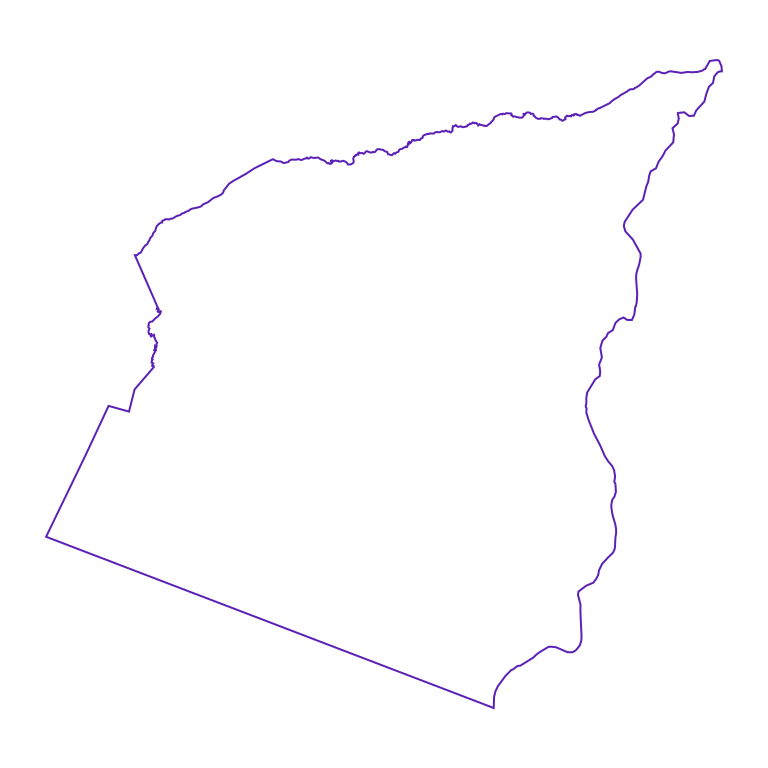 Nkeyema, Western, Zambia
{"feature_id": "96606910B42234900410364", "entity_name": "Nkeyema", "entity_type": "district", "adm_level": 2, "iso_a3": "ZMB", "parent_name": "Zambia", "parent_adm1": "Western", "projection": "natural_earth1", "projection_center": [25.215, -14.864], "detail": "fine", "context": "isolated", "style": "outline", "palette": "violet", "viewbox_px": 768, "rotation_deg": 0, "n_neighbors": 0, "source": "geoboundaries", "source_scale": "gbopen_adm2", "svg_char_len": 6086}
<svg xmlns="http://www.w3.org/2000/svg" viewBox="0 0 768 768"><path d="M85.9,454.5L46.1,536.8L493.7,708.0L494.1,696.8L495.4,691.4L497.9,686.2L505.4,676.0L511.4,669.9L512.7,669.6L517.4,666.0L520.4,665.6L533.1,657.7L536.7,654.3L540.5,651.6L548.5,646.9L551.3,646.7L556.2,647.3L567.5,652.2L572.3,652.3L575.5,650.6L578.2,647.5L580.0,645.0L581.4,640.0L581.5,635.8L580.4,611.5L580.5,604.7L578.0,594.9L578.5,591.5L586.2,585.7L593.3,582.7L596.1,579.0L598.2,575.1L599.0,570.3L602.1,563.9L608.5,557.0L613.0,552.7L614.5,549.6L615.0,546.8L615.4,537.8L616.1,533.2L616.1,529.3L615.4,524.8L612.5,514.7L611.5,508.6L611.3,504.7L612.3,499.7L614.4,496.8L615.9,491.8L615.4,483.7L614.3,481.8L615.1,476.6L614.1,470.1L612.0,465.8L608.3,461.5L604.9,456.2L600.0,445.1L594.0,433.6L588.6,420.0L586.3,412.5L586.6,408.3L585.8,407.0L585.7,406.0L586.4,403.0L586.3,398.5L587.1,392.7L595.2,379.4L599.8,376.0L600.2,371.1L599.1,364.6L601.9,357.4L600.3,348.1L602.4,340.7L606.4,336.7L608.0,333.1L612.8,330.1L615.5,322.9L619.3,319.3L623.6,317.5L627.1,319.9L631.9,320.0L634.3,314.6L635.3,306.8L635.9,306.2L636.7,302.3L637.2,294.1L636.1,278.5L636.2,274.7L637.1,270.6L639.0,265.2L640.6,257.4L640.6,253.6L632.9,239.6L625.4,231.4L623.8,226.1L624.6,222.0L632.6,209.7L643.0,199.8L646.3,186.5L648.2,181.8L649.2,175.6L650.7,171.3L656.0,168.3L658.6,161.7L662.4,156.5L665.6,150.4L673.2,142.4L674.0,134.5L672.5,128.2L677.7,123.5L678.8,118.5L677.8,113.8L677.9,113.0L684.3,112.3L689.1,116.0L693.9,115.7L696.3,110.3L704.3,101.7L706.3,94.0L708.9,86.8L713.0,82.9L714.2,76.5L717.6,72.3L720.0,71.4L721.9,71.4L721.5,66.4L719.1,60.7L717.3,60.0L709.8,60.9L705.1,69.1L704.4,69.1L702.6,70.5L697.9,71.9L691.8,72.3L687.9,71.9L681.5,72.9L671.5,71.4L669.2,71.4L665.1,73.3L662.1,73.0L658.9,71.7L656.5,71.9L652.3,75.2L651.2,76.6L647.4,78.2L639.0,85.7L636.1,87.5L634.8,87.9L633.7,89.1L630.1,89.3L629.1,90.2L628.3,90.3L627.6,91.2L620.1,95.4L618.9,96.7L614.4,99.2L611.2,101.6L609.8,103.1L599.3,108.3L598.4,108.3L596.3,109.9L595.9,109.9L595.6,110.5L594.6,111.1L592.5,111.9L589.4,112.0L585.2,113.0L580.0,115.8L578.3,114.8L577.2,115.0L576.3,114.0L574.2,114.2L574.2,115.2L573.7,115.5L571.9,114.9L570.9,116.4L570.1,115.9L567.9,116.2L567.2,115.7L565.3,117.1L565.1,118.2L565.5,118.6L565.5,119.2L562.4,120.8L561.1,119.7L559.5,119.4L558.6,118.0L556.6,116.5L552.6,117.0L552.1,117.9L548.7,119.3L545.6,118.6L544.1,118.9L542.7,118.3L540.6,118.3L539.8,118.9L538.0,118.8L536.0,117.8L534.4,116.1L533.6,115.8L533.6,114.4L533.1,113.9L531.9,113.6L530.8,113.9L530.0,112.8L528.3,112.4L526.5,112.6L524.9,114.6L524.2,113.9L523.7,113.8L523.5,114.0L523.8,115.3L523.4,116.3L521.8,117.8L517.0,117.2L515.1,116.5L513.0,116.6L512.7,115.8L511.7,115.6L511.3,115.2L511.6,114.2L511.3,113.5L506.0,113.2L504.9,114.1L502.9,113.7L502.2,114.4L500.9,113.9L494.9,116.8L493.8,118.2L493.7,119.3L492.5,120.9L491.4,121.7L490.9,122.7L486.6,126.0L484.5,125.9L484.2,125.5L483.2,125.6L481.5,124.9L480.2,124.8L479.5,124.3L478.3,125.3L478.2,124.5L477.1,124.0L476.6,123.2L475.4,122.9L474.7,123.3L472.8,122.5L471.6,123.6L470.2,124.0L469.9,123.7L468.6,124.9L467.9,125.0L467.3,125.5L467.2,126.2L464.1,127.1L462.4,127.1L461.0,126.3L458.0,126.9L456.7,126.1L455.8,125.1L454.4,126.1L452.9,126.2L452.9,127.4L452.6,127.7L452.4,129.3L452.6,130.5L451.0,132.4L450.1,132.3L449.2,131.4L448.0,131.7L446.1,130.6L445.5,130.6L444.2,131.5L443.5,131.6L442.4,131.0L439.8,132.2L438.1,132.3L437.1,131.9L434.8,132.5L433.8,133.6L429.9,133.4L429.0,134.0L427.3,134.0L424.2,135.1L423.0,136.0L422.5,137.9L420.7,138.7L419.9,140.0L417.7,139.8L414.8,140.6L414.3,140.1L413.5,140.4L413.2,140.0L412.3,140.0L411.0,142.6L410.1,143.2L410.4,142.1L409.0,141.8L408.2,142.8L407.4,146.5L407.0,147.1L406.0,146.6L405.7,147.2L404.3,147.4L402.2,148.7L399.9,149.3L399.3,149.8L398.4,151.8L396.3,152.5L395.1,153.7L394.7,153.2L393.9,153.2L391.9,155.2L388.1,154.2L387.2,152.0L384.7,151.2L383.4,150.0L379.1,149.2L377.4,149.2L376.3,150.2L375.4,151.7L374.8,152.0L374.2,152.2L373.3,151.8L371.6,152.6L369.2,152.2L367.2,151.2L365.7,151.6L364.6,153.3L363.6,153.8L362.4,153.0L359.5,153.2L359.1,152.5L358.6,152.5L358.1,153.4L358.2,154.6L357.4,154.4L355.9,154.9L355.8,155.7L354.6,156.0L353.9,156.8L353.2,158.7L353.7,160.9L353.6,162.4L352.8,163.3L350.5,164.5L347.8,164.4L347.3,163.3L346.2,162.1L343.9,161.0L342.7,160.8L341.5,161.4L338.9,161.6L338.3,160.8L337.2,161.0L335.6,160.5L333.2,161.3L331.9,160.2L330.9,160.9L330.9,161.4L332.1,162.2L332.3,162.7L330.7,163.8L329.8,163.9L328.8,163.0L327.9,163.4L326.8,162.8L324.5,160.7L320.5,159.2L318.2,157.5L313.8,158.0L310.6,157.2L309.8,158.2L308.2,158.6L307.6,158.5L307.2,157.7L306.7,157.7L305.7,158.5L304.7,158.6L301.4,160.1L298.2,159.1L296.2,159.7L291.4,159.6L289.3,160.7L288.3,162.0L284.1,163.0L282.7,162.7L281.3,161.6L276.5,161.1L272.8,159.2L254.2,168.4L246.2,173.7L233.3,180.9L229.1,183.7L223.8,190.4L223.1,192.7L221.2,194.5L218.2,196.2L213.3,198.0L208.0,202.2L202.9,204.5L201.4,206.2L198.6,207.3L191.9,208.7L189.7,209.8L189.2,210.5L185.2,212.1L184.3,212.9L182.0,213.5L180.4,214.9L176.4,216.2L172.5,218.6L170.4,218.7L169.3,219.5L165.5,219.1L164.6,220.0L162.7,220.6L162.2,221.0L162.1,222.5L160.8,222.6L158.7,224.1L156.5,226.5L155.2,230.9L153.0,233.4L152.5,235.5L150.1,238.2L149.4,240.4L148.3,241.6L148.2,242.5L147.3,244.0L145.8,245.3L145.3,245.3L142.9,248.6L141.1,252.1L140.6,252.7L138.9,253.4L137.0,255.2L134.9,255.2L157.5,306.9L156.9,308.8L158.3,308.4L158.8,309.6L157.7,311.2L158.2,312.0L159.3,312.0L160.6,311.2L160.9,311.5L160.0,314.0L157.8,316.6L155.5,318.2L152.1,321.6L150.7,321.7L149.4,322.4L148.7,323.7L148.8,325.3L148.3,325.9L148.5,327.6L149.5,328.5L148.4,331.2L149.0,333.8L149.7,334.2L151.0,334.1L150.6,335.8L151.1,336.5L153.7,334.6L154.2,334.9L154.2,337.1L155.1,338.6L155.2,339.6L157.1,342.7L156.3,344.7L156.7,346.4L156.1,346.6L155.1,345.9L155.0,347.9L155.9,347.7L155.6,348.7L155.9,350.0L155.1,349.8L155.0,349.3L154.3,349.8L154.2,350.3L155.1,350.7L154.9,351.9L152.9,355.7L153.0,357.0L152.1,357.8L151.9,358.7L151.9,359.1L152.6,359.6L151.8,360.9L151.6,362.4L153.1,363.3L152.4,364.0L152.3,365.9L153.6,365.8L153.8,367.1L134.6,389.4L129.0,411.6L108.6,405.9L85.9,454.5Z" fill="none" stroke="#5b21b6" stroke-width="2"/></svg>